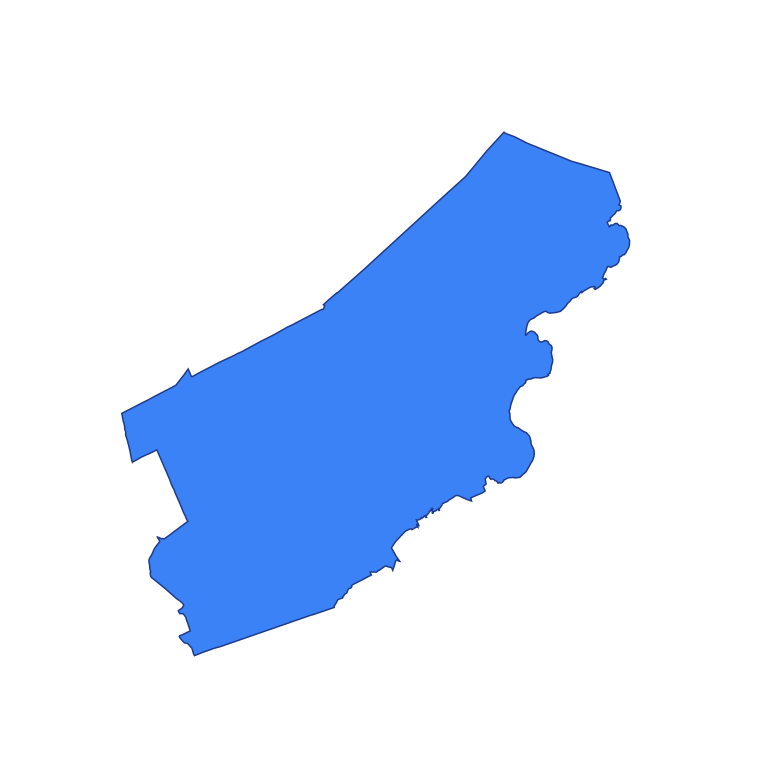 Ceamurlia De Jos, Tulcea, Romania (Mercator projection), rotated 248°
{"feature_id": "2599482B14465216932535", "entity_name": "Ceamurlia De Jos", "entity_type": "district", "adm_level": 2, "iso_a3": "ROU", "parent_name": "Romania", "parent_adm1": "Tulcea", "projection": "mercator", "projection_center": [28.752, 44.725], "detail": "fine", "context": "isolated", "style": "filled", "palette": "blue", "viewbox_px": 768, "rotation_deg": 248, "n_neighbors": 0, "source": "geoboundaries", "source_scale": "gbopen_adm2", "svg_char_len": 6162}
<svg xmlns="http://www.w3.org/2000/svg" viewBox="0 0 768 768"><g transform="rotate(248 384 384)"><path d="M203.1,106.6L203.1,114.6L202.6,127.5L201.8,133.9L197.1,228.8L196.9,231.8L196.7,231.8L195.5,254.1L196.0,254.2L196.9,254.9L199.1,257.9L201.0,259.9L201.4,261.3L201.1,265.4L201.3,265.8L202.1,265.9L202.4,266.2L202.6,267.3L203.1,267.7L203.8,269.1L204.2,271.1L207.3,274.2L207.5,274.8L207.3,275.3L207.2,276.5L207.6,277.6L208.0,278.1L209.2,278.6L209.6,279.3L211.6,300.7L213.3,300.6L215.0,300.8L212.4,306.4L212.8,308.0L213.1,308.1L213.4,308.9L213.0,309.4L213.0,309.7L214.6,316.3L214.7,317.2L210.7,322.3L208.0,322.3L211.6,325.5L215.6,328.5L215.9,329.5L216.1,329.8L214.0,331.6L213.7,332.2L217.0,331.3L220.2,330.7L229.3,329.5L233.5,335.6L235.9,340.9L237.0,343.0L237.4,344.4L237.8,344.8L239.5,348.9L239.8,352.4L239.7,354.3L239.6,354.6L239.2,355.0L238.5,355.3L239.1,359.7L239.1,361.2L238.5,361.7L241.4,361.7L241.5,362.5L239.5,362.6L239.5,363.3L245.9,363.2L245.5,363.7L245.1,365.1L245.0,366.6L245.5,367.8L246.0,368.4L245.2,368.7L246.0,371.3L246.6,371.9L246.6,372.5L245.9,372.5L244.5,372.9L244.4,373.5L245.5,373.3L246.4,373.7L246.3,374.7L247.9,377.5L248.9,378.4L248.9,379.5L250.4,380.9L250.8,382.0L250.6,382.4L249.9,382.4L248.8,381.2L247.7,381.0L246.9,380.5L246.0,380.5L245.9,380.9L246.3,381.2L246.3,381.5L247.2,381.9L247.0,384.5L247.7,386.2L247.0,387.2L246.1,387.6L246.1,388.0L246.4,388.3L248.1,388.1L247.9,388.8L248.0,389.4L248.8,390.6L249.5,391.3L249.8,392.2L250.7,392.7L251.2,393.7L251.4,396.7L251.3,398.8L252.1,400.7L252.9,405.9L253.6,408.2L253.5,409.1L253.3,410.0L251.9,412.0L246.6,416.9L242.7,421.3L246.0,421.8L246.2,434.8L247.0,437.7L251.8,437.7L252.1,438.2L252.3,439.0L252.6,439.6L252.6,440.6L252.9,441.1L253.6,441.4L254.9,441.5L255.7,441.8L258.1,442.2L258.6,443.3L259.5,444.5L259.6,445.0L259.4,446.5L255.9,447.1L255.6,447.4L255.6,448.7L254.4,450.2L253.0,450.6L252.4,451.4L250.5,452.7L249.8,452.3L249.3,452.9L249.4,453.9L248.6,454.7L248.4,455.3L248.3,456.0L248.9,457.4L249.0,458.2L250.1,459.4L250.0,460.8L250.4,462.2L250.4,464.1L248.9,469.1L248.2,469.6L247.5,471.4L247.2,472.8L246.7,474.2L246.7,475.5L246.9,475.5L247.0,476.3L247.8,478.2L249.4,482.8L250.3,484.0L255.9,490.9L257.0,492.6L259.2,494.7L260.8,496.0L262.8,496.9L262.7,497.1L266.2,498.2L267.7,498.3L272.7,497.9L274.0,498.1L275.9,498.8L279.3,499.3L281.8,499.2L283.6,498.4L285.4,497.9L287.5,495.8L289.9,494.0L293.4,491.8L294.3,490.4L296.7,488.8L301.2,487.9L302.6,487.7L304.2,487.8L309.9,489.7L311.5,489.7L312.3,490.1L313.1,491.1L317.6,494.1L324.8,500.4L326.5,503.2L327.8,504.7L330.5,509.3L330.5,512.1L331.5,513.7L332.1,515.5L333.6,516.8L334.3,516.8L334.4,519.5L333.5,522.5L333.6,523.3L333.6,524.6L333.3,526.5L330.9,531.7L330.5,533.5L330.3,536.8L330.0,538.0L330.5,539.9L331.7,539.9L331.8,542.0L333.1,542.5L334.6,544.1L337.8,545.8L341.3,548.6L343.8,549.7L345.2,549.8L349.7,550.7L350.5,550.9L353.4,552.9L355.1,553.5L356.3,553.6L357.3,553.3L359.1,552.1L361.7,551.9L363.0,551.1L363.7,550.0L363.9,549.5L363.8,548.4L364.0,548.4L363.8,546.8L363.9,545.8L364.6,544.7L365.4,544.0L366.8,543.5L368.1,543.5L369.9,544.3L370.9,544.5L372.0,544.3L375.4,543.1L377.3,541.4L378.0,540.1L378.0,539.0L377.4,536.5L376.1,533.9L376.4,533.5L377.4,533.9L383.7,537.8L386.7,540.3L388.3,542.5L389.0,544.5L388.9,546.9L389.2,548.6L390.0,550.8L390.6,555.6L390.9,556.8L391.1,559.6L390.8,561.3L388.5,563.0L387.7,564.1L387.1,565.7L385.7,571.1L385.3,574.9L386.9,579.4L387.2,579.8L388.2,582.0L389.9,584.3L391.0,587.3L392.7,590.3L392.9,591.3L392.6,595.2L392.8,595.8L393.3,597.0L394.9,599.3L395.8,601.6L394.6,601.7L395.2,603.1L395.5,604.5L396.3,609.6L396.4,612.4L396.0,613.5L395.9,615.2L395.5,615.7L394.3,615.8L394.1,614.6L393.3,614.7L392.5,615.4L393.0,617.2L393.0,618.9L393.7,620.4L393.8,621.5L394.9,623.2L395.4,624.7L395.9,624.9L396.3,625.5L398.0,626.7L397.8,628.2L397.9,629.4L398.9,628.9L398.7,627.7L400.5,626.3L402.7,628.4L404.0,629.5L404.8,630.8L406.7,632.9L408.6,634.6L409.1,635.4L409.0,636.0L407.5,637.7L407.2,638.6L407.6,641.0L407.4,642.2L407.7,644.5L408.4,645.9L409.7,647.7L413.6,650.2L413.7,650.7L413.4,651.6L414.3,653.4L413.9,655.0L414.4,656.2L415.2,657.7L416.7,659.1L418.6,661.8L421.1,663.7L425.1,665.5L429.1,665.3L431.5,666.3L437.2,666.4L439.5,665.5L441.8,663.5L442.4,662.8L442.7,661.5L445.6,660.2L446.2,658.0L445.5,655.9L446.1,654.7L446.4,654.2L446.4,653.7L445.3,652.5L445.4,651.7L450.2,651.5L451.1,653.5L450.6,654.6L451.1,655.4L452.9,655.9L453.2,656.3L453.6,657.5L454.8,659.9L455.1,661.3L455.8,662.1L455.7,662.6L457.3,664.4L457.3,665.5L456.9,666.0L456.8,666.8L457.0,668.0L457.6,669.1L459.4,670.1L460.5,670.4L462.0,669.0L462.6,669.3L463.5,670.6L464.7,671.1L465.0,671.6L495.5,672.3L511.8,652.1L520.3,641.3L553.7,606.9L564.6,597.4L570.8,590.6L572.5,589.6L561.7,566.8L545.8,537.4L535.3,508.7L497.5,407.6L486.5,376.5L485.7,374.2L486.1,374.1L482.5,363.6L480.2,357.5L478.9,358.4L478.1,357.6L476.3,356.2L476.1,355.7L476.0,355.1L476.4,354.9L476.5,354.5L473.2,320.7L472.9,315.6L471.0,301.1L470.1,291.3L469.8,286.5L467.2,264.0L467.1,259.1L466.7,256.9L465.8,239.6L463.6,216.8L462.7,209.1L462.8,208.7L463.1,208.4L463.7,208.2L471.3,208.1L467.5,202.1L460.8,190.5L459.7,180.1L459.7,179.3L458.5,166.7L457.6,159.7L457.3,154.9L455.0,129.9L446.7,128.2L445.3,128.2L441.9,127.6L438.7,126.6L436.5,126.6L433.4,125.3L427.1,124.9L426.2,124.6L425.0,124.6L416.6,123.3L408.8,121.7L405.6,121.4L406.0,122.1L406.1,125.1L407.1,131.8L407.4,138.3L407.3,139.3L408.0,148.7L376.1,149.5L370.9,149.3L367.0,149.4L366.0,149.7L360.7,149.6L349.4,150.0L339.6,150.0L336.4,150.3L332.5,150.3L330.1,150.7L325.3,132.3L324.6,130.0L322.8,122.5L322.9,122.0L323.6,120.8L323.5,120.3L327.0,116.6L326.4,116.5L323.1,117.2L321.9,117.0L318.2,110.7L316.4,108.4L312.4,104.4L311.2,102.5L309.7,100.9L309.0,100.3L307.6,99.6L303.2,98.6L301.1,97.8L297.2,97.3L296.6,96.5L294.1,95.8L292.6,95.7L291.6,96.0L276.1,104.6L262.6,111.3L259.7,113.3L255.9,115.2L254.5,115.4L253.8,115.4L252.2,113.3L251.6,111.8L251.0,108.9L250.7,108.2L247.6,108.6L246.8,110.5L246.0,111.9L241.6,112.9L238.0,112.3L236.8,112.5L227.7,111.9L227.1,103.0L227.2,100.3L226.4,99.5L224.0,100.0L219.1,101.8L218.7,102.1L217.0,104.7L211.0,106.9L205.7,106.4L204.4,106.3L203.1,106.6Z" fill="#3b82f6" stroke="#1e3a8a" stroke-width="1.5"/></g></svg>